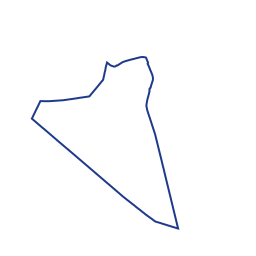 the district of Ash Shaykh Othman, `Adan, Yemen, rotated 117°
{"feature_id": "15242507B79114247407724", "entity_name": "Ash Shaykh Othman", "entity_type": "district", "adm_level": 2, "iso_a3": "YEM", "parent_name": "Yemen", "parent_adm1": "`Adan", "projection": "natural_earth1", "projection_center": [45.012, 12.885], "detail": "fine", "context": "isolated", "style": "outline", "palette": "blue", "viewbox_px": 256, "rotation_deg": 117, "n_neighbors": 0, "source": "geoboundaries", "source_scale": "gbopen_adm2", "svg_char_len": 2797}
<svg xmlns="http://www.w3.org/2000/svg" viewBox="0 0 256 256"><g transform="rotate(117 128 128)"><path d="M194.8,37.7L194.5,38.0L173.8,55.8L171.8,57.5L154.7,72.2L147.9,78.0L144.7,80.8L142.1,83.0L122.7,99.8L122.3,100.1L121.2,101.1L117.9,104.4L116.3,106.0L115.4,106.9L113.4,108.9L111.5,110.8L108.9,113.4L106.5,115.9L103.3,119.0L102.9,119.4L101.6,120.3L101.4,120.5L101.0,120.8L100.1,121.6L99.9,121.7L96.5,122.9L95.9,123.1L93.6,123.7L92.8,123.9L90.6,124.3L89.1,124.7L88.8,124.7L87.7,125.0L87.4,125.0L86.3,125.3L86.2,125.4L85.9,125.4L85.7,125.5L85.3,125.7L84.9,125.8L84.5,126.1L84.3,126.1L84.1,126.2L83.9,126.2L83.7,126.4L83.4,126.6L83.1,126.6L82.9,126.6L82.6,126.5L82.1,126.2L81.7,126.3L81.2,126.3L80.9,126.4L78.6,126.9L78.4,126.9L77.7,127.0L74.0,127.6L72.2,128.4L71.2,129.2L70.6,129.6L70.2,130.0L69.7,130.4L68.3,132.0L67.0,133.5L66.8,133.8L66.4,134.3L65.2,135.6L64.5,136.4L63.2,137.9L62.6,138.7L62.2,139.3L61.9,139.7L60.7,139.7L58.9,141.9L57.1,143.9L57.1,144.0L57.2,144.6L57.3,145.0L57.5,145.5L57.7,146.1L57.9,146.5L57.9,146.8L58.2,147.4L58.5,147.8L58.6,148.0L59.2,148.9L59.6,149.5L59.8,149.7L60.1,150.0L63.0,153.3L64.0,154.4L64.3,154.8L66.2,157.0L68.3,159.2L69.2,160.3L69.6,160.7L70.1,161.1L70.5,161.5L70.9,161.9L71.5,162.4L71.8,162.7L72.9,163.4L73.8,163.9L74.1,164.1L74.5,164.3L75.2,164.7L76.0,165.2L76.4,165.4L77.2,165.9L77.4,166.2L77.5,166.6L78.0,166.7L79.1,167.5L79.6,168.4L79.8,169.3L80.0,170.7L80.1,172.3L79.8,173.6L79.7,174.1L79.5,174.8L79.3,175.9L79.2,176.4L83.4,175.5L84.7,175.2L86.9,174.4L88.8,174.1L91.1,173.4L91.7,173.2L92.3,173.1L95.8,172.2L96.1,172.1L97.4,172.2L97.8,172.4L98.1,172.5L98.6,172.6L99.1,172.7L99.5,172.8L100.0,172.9L100.3,172.9L100.5,173.0L102.4,173.4L103.8,173.7L108.3,174.7L117.4,176.8L121.6,182.7L122.9,184.6L125.2,187.7L132.7,198.4L133.5,199.7L140.2,210.9L143.4,217.4L143.8,218.3L147.3,218.2L154.2,218.1L163.3,217.9L164.2,214.1L165.6,208.5L165.9,207.2L166.5,204.8L167.0,202.4L167.8,199.1L170.3,188.8L171.6,183.5L177.2,159.9L183.2,135.1L185.6,125.1L186.3,122.2L191.4,101.2L192.7,94.7L192.7,94.3L192.8,94.0L192.9,93.8L192.9,93.4L193.0,93.2L193.1,92.8L193.2,92.3L193.2,91.9L193.3,91.4L193.4,91.1L193.5,90.6L193.7,89.8L193.8,88.9L194.0,88.0L194.1,87.4L194.2,86.9L194.4,86.2L194.5,85.6L194.7,84.8L194.9,83.6L195.1,82.8L195.3,81.4L195.5,80.6L195.6,79.8L195.9,78.8L196.1,77.7L196.2,77.0L196.4,76.1L196.6,74.9L196.9,73.7L197.1,72.8L197.1,72.4L197.2,72.0L197.4,70.9L197.5,70.1L197.6,69.4L197.7,68.9L197.7,68.6L197.9,67.8L198.0,66.8L198.2,65.6L198.3,64.7L198.5,64.0L198.7,62.9L198.8,61.7L198.9,61.3L198.7,59.8L198.4,58.4L198.2,57.2L198.0,56.1L197.8,54.9L197.6,53.4L197.3,52.0L197.1,50.7L196.8,49.1L196.6,47.7L196.4,46.8L196.3,46.2L196.0,44.3L195.9,43.7L195.7,42.6L195.4,41.1L195.2,39.8L195.0,38.8L194.9,38.0L194.8,37.7Z" fill="none" stroke="#1e3a8a" stroke-width="2"/></g></svg>